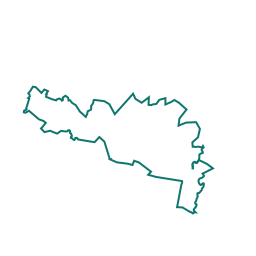 Bacanora, Sonora, Mexico (Albers equal-area conic projection), rotated 123°
{"feature_id": "50627088B51830177095427", "entity_name": "Bacanora", "entity_type": "district", "adm_level": 2, "iso_a3": "MEX", "parent_name": "Mexico", "parent_adm1": "Sonora", "projection": "albers", "projection_center": [-109.363, 28.864], "detail": "fine", "context": "isolated", "style": "outline", "palette": "teal", "viewbox_px": 256, "rotation_deg": 123, "n_neighbors": 0, "source": "geoboundaries", "source_scale": "gbopen_adm2", "svg_char_len": 4602}
<svg xmlns="http://www.w3.org/2000/svg" viewBox="0 0 256 256"><g transform="rotate(123 128 128)"><path d="M162.8,26.6L162.6,26.5L162.3,26.3L161.9,25.5L161.6,27.1L161.6,27.5L161.4,27.8L161.2,28.1L160.8,28.3L160.5,28.4L160.3,28.5L159.8,28.4L159.0,28.4L158.5,28.3L158.0,28.2L157.8,28.1L157.5,28.1L157.3,28.3L156.9,28.4L156.5,28.4L156.1,28.4L155.8,28.4L155.5,28.4L155.3,28.5L155.0,28.6L154.8,29.1L154.7,29.6L154.8,30.2L154.7,30.5L154.3,30.7L154.1,30.9L154.0,31.0L153.9,31.1L153.6,31.2L153.4,31.2L153.1,31.2L152.8,31.1L152.5,31.1L151.9,31.2L151.2,31.4L150.3,31.8L149.8,31.9L149.0,32.0L148.2,32.0L147.7,32.1L147.4,32.3L147.2,32.6L146.8,33.0L146.5,33.3L146.1,33.5L145.8,33.7L145.4,33.7L145.3,33.9L145.1,34.1L144.9,34.2L144.7,34.1L144.5,33.9L144.3,33.6L144.2,33.3L143.9,33.0L143.7,32.9L143.0,32.8L142.5,32.7L142.3,32.7L141.7,32.6L140.3,32.4L139.4,32.6L138.7,32.9L138.1,33.0L137.6,32.8L136.9,32.7L136.2,32.8L135.5,33.0L135.2,33.2L134.9,33.3L134.5,33.4L134.1,33.6L133.6,33.9L133.4,34.1L133.3,34.3L133.3,34.5L133.4,34.8L133.6,35.1L134.4,35.3L134.8,35.4L135.2,35.5L135.8,35.6L136.2,35.9L136.3,36.2L136.2,36.7L136.1,37.0L136.0,37.5L135.8,38.0L135.6,38.4L135.3,38.7L135.1,38.9L134.9,39.2L134.4,39.6L133.9,40.2L133.4,40.3L132.7,40.5L132.1,40.5L131.5,40.3L131.2,40.2L130.9,40.0L130.7,39.8L130.5,39.6L130.2,39.3L130.0,39.2L129.8,39.0L129.3,38.8L128.7,38.5L128.2,38.4L127.2,38.1L126.8,38.2L126.6,38.3L126.5,38.6L126.3,39.0L126.2,39.5L126.0,39.9L125.9,40.1L125.7,40.3L125.6,40.6L125.0,40.2L115.6,34.8L115.2,40.9L115.1,42.0L116.2,51.0L117.2,51.0L118.5,51.0L119.4,51.1L119.8,51.2L120.0,51.3L120.2,51.6L120.3,51.8L120.2,52.0L120.2,52.5L120.1,52.8L120.1,53.0L120.1,53.3L120.2,53.5L120.4,53.7L120.7,53.9L121.4,54.1L122.3,54.2L123.0,54.0L123.6,53.7L124.3,53.1L125.0,52.5L125.9,52.0L126.5,51.5L126.7,51.8L126.1,52.2L125.3,52.8L124.2,53.7L123.8,54.1L123.1,54.3L122.4,54.5L121.3,54.4L120.8,54.3L120.4,54.1L120.2,53.9L120.0,53.7L119.9,53.5L119.9,53.2L119.8,52.2L119.7,51.7L119.3,51.4L119.0,51.4L118.9,51.4L118.3,51.4L117.1,51.3L116.1,51.3L114.9,51.7L113.8,52.1L113.3,52.4L112.8,52.8L112.4,53.1L112.2,53.3L111.8,53.5L111.6,53.5L111.4,53.6L110.9,53.5L110.3,53.3L109.6,52.9L109.3,52.6L109.0,52.4L108.6,52.0L108.5,51.8L108.2,51.7L107.9,51.8L107.7,52.0L107.4,52.3L107.2,52.6L107.0,52.8L106.9,53.0L106.9,53.3L106.7,53.7L106.6,53.9L106.5,54.1L106.4,54.3L105.9,54.5L105.4,54.6L104.9,54.6L104.5,54.4L104.1,54.2L103.8,54.1L103.6,54.0L103.1,54.0L102.3,55.3L103.5,55.2L104.2,55.8L105.2,58.6L107.5,61.6L107.7,62.6L108.5,63.5L105.0,66.2L97.7,64.2L89.6,67.2L86.0,74.0L91.8,82.2L95.5,84.8L98.5,86.9L92.1,90.0L80.6,89.0L79.1,98.9L79.2,102.6L79.3,104.4L83.2,106.3L87.9,109.4L82.6,112.9L87.4,117.1L92.3,117.3L93.2,118.3L94.8,120.1L96.2,121.0L97.4,123.4L90.9,127.2L99.4,130.3L99.5,137.7L96.5,142.4L123.6,146.6L118.2,156.6L118.4,162.4L119.3,164.3L122.9,171.8L123.2,171.9L123.7,171.8L126.2,170.8L129.8,170.9L131.0,169.8L133.0,169.1L135.9,170.9L138.4,169.9L141.7,169.4L140.4,177.4L137.3,184.2L137.4,188.5L136.3,191.9L137.3,192.8L135.2,194.8L135.0,198.0L138.0,199.3L140.1,197.8L141.1,198.4L140.6,199.3L140.6,201.4L142.2,203.0L143.4,203.3L144.0,203.3L145.4,208.0L145.4,208.3L146.5,213.8L144.1,214.5L144.2,215.1L140.7,215.2L141.3,219.1L145.7,219.7L145.3,221.8L144.0,227.5L145.1,230.2L146.3,230.2L146.8,230.2L150.1,230.1L153.2,230.5L153.6,229.0L155.0,227.5L157.3,228.1L157.2,226.8L165.3,224.5L167.1,224.0L167.4,223.3L167.9,223.3L170.1,224.6L171.6,223.9L171.1,222.4L167.5,220.4L168.1,216.0L169.2,207.5L168.1,202.5L168.2,202.3L168.4,199.8L173.9,200.3L175.8,200.7L176.9,195.8L172.7,191.8L172.5,190.6L172.5,190.3L171.3,184.4L166.8,182.5L166.5,181.9L166.0,180.6L165.6,179.8L165.2,179.1L164.8,178.4L164.4,177.7L163.5,176.9L162.4,176.9L162.2,176.2L161.8,175.8L162.1,174.9L162.7,174.5L163.3,174.3L163.7,174.1L163.7,172.6L164.2,172.2L165.2,170.7L166.5,171.0L167.4,170.6L167.3,170.1L167.2,169.5L167.1,169.0L167.1,168.8L167.1,168.6L167.2,168.3L167.4,167.8L167.5,167.5L167.5,167.3L167.5,167.1L167.3,166.5L165.8,166.3L165.1,166.7L164.1,165.5L164.4,164.3L164.8,163.6L158.1,148.3L151.2,147.1L152.3,140.4L163.7,126.7L163.9,126.7L163.4,125.5L164.0,125.4L162.8,118.5L161.6,116.0L159.8,112.3L158.5,109.6L157.9,108.3L156.6,104.1L156.3,104.2L155.2,104.4L152.1,105.0L151.3,101.2L151.1,101.2L151.0,99.5L152.1,84.9L156.2,85.6L153.8,77.9L153.6,77.5L153.3,76.7L153.2,76.6L143.1,53.8L143.7,53.1L146.7,52.3L167.7,43.7L167.5,43.4L167.4,43.3L164.9,38.9L164.9,37.5L164.6,30.2L164.3,29.9L164.2,28.7L164.3,28.5L164.2,28.2L164.2,27.9L164.1,27.7L164.3,27.4L164.3,27.0L164.2,26.9L163.7,26.8L163.4,26.8L163.3,26.7L163.0,26.5L162.8,26.6Z" fill="none" stroke="#0f766e" stroke-width="2"/></g></svg>